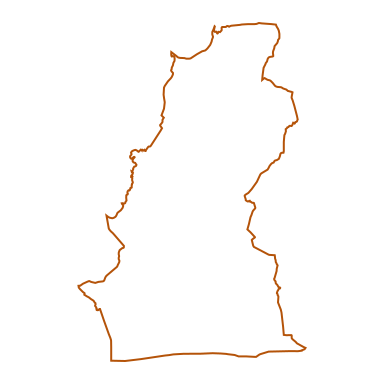 outline of Tanh Linh, Bình Thuận, Vietnam
{"feature_id": "81297802B72040378952039", "entity_name": "Tanh Linh", "entity_type": "district", "adm_level": 2, "iso_a3": "VNM", "parent_name": "Vietnam", "parent_adm1": "Bình Thuận", "projection": "natural_earth1", "projection_center": [107.7, 11.14], "detail": "fine", "context": "isolated", "style": "outline", "palette": "amber", "viewbox_px": 384, "rotation_deg": 0, "n_neighbors": 0, "source": "geoboundaries", "source_scale": "gbopen_adm2", "svg_char_len": 5947}
<svg xmlns="http://www.w3.org/2000/svg" viewBox="0 0 384 384"><path d="M258.9,23.0L256.6,23.9L254.7,24.1L248.5,24.1L241.9,24.5L239.8,24.9L231.5,25.7L230.4,26.0L229.1,26.7L228.3,26.2L227.6,26.0L226.7,26.2L226.1,26.8L225.5,27.0L222.4,27.0L221.9,27.2L221.6,27.8L221.7,30.0L221.5,30.5L220.0,32.1L218.6,31.8L218.2,32.2L217.8,33.3L217.5,33.5L217.2,33.4L217.0,33.1L216.4,31.7L215.9,31.6L215.4,31.9L214.9,31.9L214.4,31.4L214.2,31.0L214.0,30.3L214.1,29.4L214.8,26.5L214.6,26.3L213.5,29.4L212.3,32.0L212.3,34.5L213.0,36.7L212.9,37.4L212.0,39.6L211.6,41.6L210.2,44.9L207.4,48.5L205.7,50.1L205.1,50.5L202.1,51.3L200.9,52.0L197.0,54.2L190.6,58.4L189.1,58.7L186.4,58.7L184.4,58.1L180.1,57.9L178.6,57.6L177.7,57.2L176.5,56.1L171.3,52.1L171.2,54.1L171.4,55.9L171.9,56.5L172.8,56.1L173.6,56.4L174.1,56.8L174.4,57.2L174.6,58.0L174.6,60.0L174.4,61.2L173.8,62.1L173.4,62.9L172.9,65.4L171.8,67.5L171.6,69.3L171.1,70.2L171.1,70.5L171.5,71.3L173.0,73.0L172.9,74.5L171.8,76.9L170.8,78.3L167.9,81.4L164.8,85.9L164.0,87.6L163.6,94.7L164.1,98.4L164.7,102.0L164.7,102.7L164.0,108.7L161.5,115.4L163.8,117.7L162.5,119.8L162.5,121.7L162.3,122.4L160.1,125.1L160.2,125.7L162.0,128.2L160.7,130.5L150.8,145.8L150.3,146.3L149.9,146.5L148.8,146.5L148.2,146.9L146.0,150.0L145.6,151.0L145.4,151.0L145.1,150.8L144.5,149.9L143.8,150.6L142.3,149.7L141.9,149.9L141.8,150.4L141.3,149.8L140.8,149.6L139.4,151.1L138.8,151.7L138.4,151.8L137.6,151.0L136.1,150.1L135.5,149.9L134.4,150.1L132.3,151.0L131.3,152.1L131.0,152.8L131.5,153.9L131.5,154.5L130.4,155.8L130.1,156.3L130.2,157.6L131.0,158.6L131.7,158.8L133.7,157.0L134.3,156.9L134.5,157.0L134.6,157.3L133.3,158.7L132.9,159.4L132.6,160.4L132.7,161.4L133.5,162.4L135.2,162.9L136.0,164.2L136.4,164.6L136.3,165.4L136.0,165.9L135.6,166.2L134.2,166.7L133.4,168.0L133.1,168.8L133.2,169.2L133.1,169.6L132.2,171.1L132.6,172.0L132.3,172.0L131.7,171.6L131.9,172.3L132.7,173.1L132.8,173.6L132.1,174.9L132.0,175.7L131.5,175.4L131.3,175.6L131.1,176.6L131.1,177.1L131.4,177.3L132.1,176.4L132.3,176.3L132.5,176.5L132.1,177.4L132.3,178.4L132.1,179.8L132.2,180.5L132.7,181.8L132.8,182.7L132.0,183.9L132.0,184.7L131.7,185.0L131.7,187.5L131.4,187.8L130.5,187.9L130.3,188.2L130.1,189.5L129.6,190.3L129.3,190.5L128.5,190.3L127.6,191.4L127.4,192.9L127.5,193.2L127.8,193.5L127.8,194.0L127.5,194.5L126.6,194.9L126.3,195.3L126.2,197.8L126.5,200.6L125.6,201.7L125.2,203.0L124.7,203.4L124.3,203.6L122.4,203.2L121.8,203.3L122.2,204.2L122.9,204.9L123.2,205.6L123.1,206.4L122.6,207.9L120.8,210.3L118.0,212.4L117.4,213.0L116.4,215.4L115.8,216.4L115.3,216.9L114.0,217.7L112.6,218.2L112.0,218.2L109.7,217.7L108.3,217.0L106.5,215.6L108.8,228.6L109.4,229.6L110.8,231.3L112.8,233.1L114.4,234.9L123.9,245.9L123.8,247.4L123.5,247.8L122.3,248.1L119.8,250.0L119.5,250.5L118.8,252.4L118.7,254.2L119.0,255.4L119.1,256.3L118.7,257.8L118.7,258.5L118.8,259.4L119.3,260.4L119.4,261.0L119.2,262.2L117.8,265.0L117.3,266.3L116.9,266.9L107.2,275.1L106.0,276.3L105.3,277.5L104.3,280.2L103.6,281.1L102.7,281.4L98.4,281.9L95.3,282.9L91.4,282.0L90.4,281.6L89.5,281.1L89.0,281.1L87.4,281.7L83.0,283.7L80.2,285.7L78.5,285.8L78.8,287.6L79.9,289.0L83.0,292.1L84.5,293.1L84.6,293.4L84.3,294.7L86.8,296.3L88.9,297.4L91.0,299.1L93.1,300.4L93.7,300.9L94.7,302.6L95.4,303.1L95.6,304.3L95.1,305.5L95.1,305.9L96.3,307.5L96.3,308.3L96.7,308.7L96.5,309.4L96.7,310.0L97.3,310.2L98.3,310.1L99.5,309.0L100.0,309.0L103.9,320.4L108.8,334.1L110.3,337.8L111.0,340.0L111.1,340.9L111.2,347.6L111.2,360.7L125.1,361.0L141.0,359.1L165.2,355.5L169.1,355.1L173.3,354.4L183.5,353.8L201.0,353.7L212.6,353.2L220.8,353.5L226.2,353.9L227.9,354.2L234.7,355.0L238.6,356.4L246.1,356.4L255.6,356.9L256.1,356.9L259.2,354.7L260.2,354.2L268.7,351.6L290.9,351.1L297.9,351.2L301.7,350.7L301.7,350.3L302.7,350.0L304.6,349.2L305.5,347.9L303.3,346.9L296.9,343.3L295.7,341.9L292.6,339.3L291.9,338.5L291.7,338.0L291.7,335.6L291.5,335.2L291.1,335.1L286.4,335.2L283.8,334.9L283.1,326.7L281.5,312.6L280.8,309.6L278.0,302.4L278.4,296.9L278.3,296.2L277.7,295.2L277.6,294.2L276.9,293.3L276.9,292.9L277.5,291.1L278.1,290.3L278.5,289.2L278.8,288.9L280.0,288.4L280.2,287.9L279.9,287.5L279.0,287.3L278.4,286.9L277.3,284.9L276.0,283.6L275.7,283.0L275.6,281.4L274.6,280.3L274.2,279.4L274.2,278.6L274.5,278.2L274.7,277.6L276.6,271.0L276.7,268.9L277.6,265.3L276.8,264.3L276.6,263.5L275.8,262.1L275.6,260.0L275.1,258.7L274.9,256.3L274.7,255.2L269.6,254.9L268.7,254.7L253.9,246.9L253.2,245.7L251.8,240.0L252.4,239.3L254.9,237.4L254.9,237.1L250.6,232.4L247.4,229.4L248.9,224.2L250.5,217.2L251.4,215.2L252.6,211.6L253.1,210.7L255.2,208.3L255.3,207.6L253.9,203.0L253.4,202.8L252.2,202.8L251.0,201.9L250.1,201.7L249.9,201.6L249.8,200.8L249.7,200.8L249.3,200.8L248.4,201.4L247.9,201.5L247.3,201.3L245.8,200.3L245.7,199.2L244.7,196.1L244.7,195.5L245.5,194.7L248.4,192.9L251.7,189.1L256.9,181.8L260.3,174.5L260.8,173.9L261.3,173.4L267.6,169.6L268.5,168.1L269.6,165.9L271.1,164.0L272.3,163.0L273.6,162.6L274.5,161.0L275.1,160.5L276.8,160.1L278.8,158.9L279.2,158.0L279.9,156.2L280.4,154.0L280.9,153.2L282.1,152.7L283.0,152.8L283.5,152.7L283.8,151.1L283.8,142.0L284.1,138.3L284.4,135.1L285.1,133.8L285.9,131.3L285.7,129.2L286.9,128.2L287.4,127.3L288.1,127.2L288.4,127.1L289.4,125.9L289.9,125.8L291.6,126.0L292.3,125.1L293.2,122.7L293.5,122.8L294.1,123.4L294.6,123.6L294.9,123.3L295.1,122.5L295.4,122.1L296.5,121.8L297.0,121.3L297.4,120.0L297.7,119.6L297.0,116.1L294.4,106.1L292.7,100.5L291.6,97.8L291.7,96.6L292.5,92.3L291.6,91.9L287.8,90.9L286.4,89.6L283.2,88.5L281.5,87.4L280.8,87.2L277.3,86.9L275.9,86.4L275.0,85.8L272.7,82.9L270.6,80.8L269.7,80.3L267.5,79.8L264.6,78.1L264.1,78.3L262.2,79.9L262.6,75.2L263.6,67.8L265.4,64.3L265.7,63.2L267.0,61.5L267.7,58.9L268.4,57.8L269.1,57.2L270.0,56.9L272.7,56.5L273.2,56.1L273.2,55.1L272.9,53.0L273.1,51.3L274.2,48.4L274.6,46.1L277.2,43.1L277.8,41.5L278.1,39.9L279.3,38.4L279.4,37.3L279.4,33.9L278.8,30.7L278.1,29.0L276.5,26.3L275.9,24.6L271.4,24.1L261.8,23.4L258.9,23.0Z" fill="none" stroke="#b45309" stroke-width="2"/></svg>